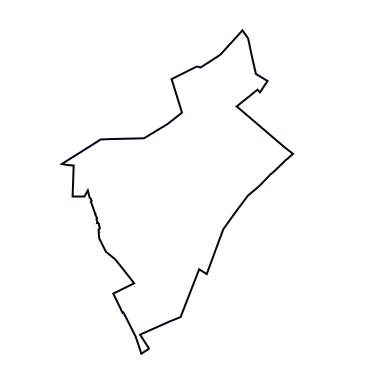 San Nicolás, Tamaulipas, Mexico (Albers equal-area conic projection), rotated 236°
{"feature_id": "50627088B43321963844579", "entity_name": "San Nicolás", "entity_type": "district", "adm_level": 2, "iso_a3": "MEX", "parent_name": "Mexico", "parent_adm1": "Tamaulipas", "projection": "albers", "projection_center": [-98.76, 24.622], "detail": "fine", "context": "isolated", "style": "outline", "palette": "ink", "viewbox_px": 384, "rotation_deg": 236, "n_neighbors": 0, "source": "geoboundaries", "source_scale": "gbopen_adm2", "svg_char_len": 1399}
<svg xmlns="http://www.w3.org/2000/svg" viewBox="0 0 384 384"><g transform="rotate(236 192 192)"><path d="M86.2,68.6L86.5,68.8L102.7,69.2L102.1,72.9L97.2,101.0L94.7,112.6L123.6,154.3L123.9,154.7L115.7,158.3L134.5,184.4L143.6,197.1L149.9,214.0L153.4,223.8L153.5,224.3L157.7,236.2L159.3,251.0L162.7,267.0L163.3,272.8L164.0,276.4L165.3,283.8L165.8,286.4L166.0,287.1L166.2,290.3L166.5,292.0L166.8,294.5L167.1,297.1L177.5,293.7L206.3,285.7L211.1,284.4L219.0,282.2L226.9,280.0L238.0,276.9L238.1,279.4L238.4,282.2L238.5,283.6L238.7,285.6L238.8,287.8L239.2,291.6L239.2,292.5L239.3,293.5L239.5,295.2L239.6,296.7L240.2,303.5L236.6,304.1L241.8,316.7L254.2,311.0L274.7,319.0L282.7,322.3L288.0,324.4L288.5,324.4L290.0,324.4L297.8,324.2L290.0,292.5L290.0,288.7L290.4,268.7L292.8,266.8L293.4,265.8L297.0,238.2L293.9,237.3L263.4,228.1L262.0,209.7L263.4,182.2L281.9,153.3L282.3,152.6L282.6,152.2L286.6,145.7L288.0,99.8L284.5,103.3L280.1,108.7L255.0,90.5L248.4,100.3L251.5,106.5L249.7,105.8L246.7,104.7L244.5,104.0L242.7,104.3L241.0,104.0L240.8,102.9L229.4,99.9L228.3,100.0L227.8,99.3L223.4,98.7L222.9,97.6L219.9,96.7L219.4,96.0L219.0,97.0L217.6,97.0L216.9,96.5L214.2,95.7L213.1,94.9L213.2,93.8L211.6,92.6L210.5,92.5L210.4,91.9L205.6,89.2L190.7,87.2L179.0,90.7L169.6,91.5L148.7,93.0L151.8,69.9L141.1,68.4L130.6,66.9L130.4,67.8L103.5,64.4L86.2,59.6L86.2,68.6Z" fill="none" stroke="#020617" stroke-width="2"/></g></svg>